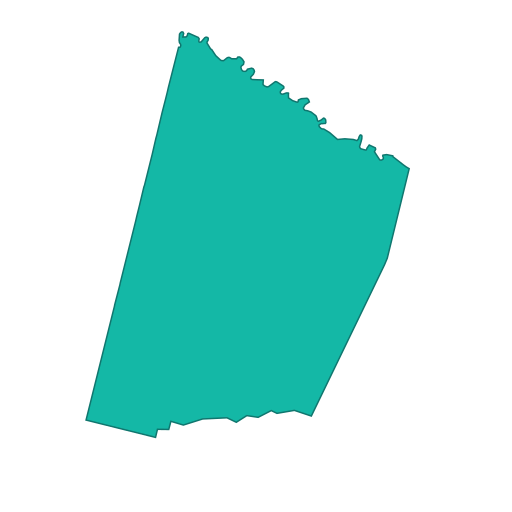 Washington, Louisiana, United States of America, rotated 284°
{"feature_id": "52423323B43439565608947", "entity_name": "Washington", "entity_type": "district", "adm_level": 2, "iso_a3": "USA", "parent_name": "United States of America", "parent_adm1": "Louisiana", "projection": "albers", "projection_center": [-89.849, 30.835], "detail": "fine", "context": "isolated", "style": "filled", "palette": "teal", "viewbox_px": 512, "rotation_deg": 284, "n_neighbors": 0, "source": "geoboundaries", "source_scale": "gbopen_adm2", "svg_char_len": 2668}
<svg xmlns="http://www.w3.org/2000/svg" viewBox="0 0 512 512"><g transform="rotate(284 256 256)"><path d="M386.0,130.3L372.4,130.2L349.3,130.5L346.2,130.4L329.6,130.7L327.0,130.7L297.6,130.7L295.9,130.5L276.5,130.7L265.7,130.7L260.9,130.8L247.2,130.8L197.0,130.8L195.1,130.9L173.9,130.7L173.6,130.8L154.4,130.8L112.3,130.8L56.5,130.8L55.7,130.8L55.7,202.4L64.0,202.3L66.6,213.3L75.0,213.4L74.4,226.4L85.0,243.7L92.0,267.0L89.9,277.1L98.9,285.7L100.0,297.1L109.7,308.2L108.4,314.4L115.5,330.6L114.1,348.4L278.5,382.8L285.6,383.9L377.8,383.5L378.7,380.4L380.1,376.9L385.4,365.0L386.3,364.5L386.0,358.2L384.6,354.8L383.8,354.7L382.2,355.8L381.0,356.0L379.5,354.7L379.1,353.2L379.6,352.4L385.8,345.7L388.6,346.3L389.8,345.6L391.1,339.0L387.8,337.7L385.7,337.4L385.3,336.6L385.4,331.7L386.1,330.8L386.3,330.5L387.3,330.0L392.3,330.3L395.3,330.3L397.9,329.8L398.6,329.3L398.8,328.2L398.4,327.7L396.6,327.2L394.0,327.0L392.4,326.0L392.6,322.2L391.2,313.8L388.8,306.9L393.4,297.9L395.6,291.1L395.3,289.2L395.6,288.1L396.8,286.1L397.9,285.5L398.6,285.5L400.2,287.2L400.5,288.5L401.1,290.1L401.4,291.2L402.3,291.5L404.9,290.7L405.9,289.6L406.2,288.8L406.1,288.1L405.2,287.5L404.7,287.1L403.7,286.3L402.2,284.5L401.8,284.0L402.0,283.3L402.7,282.6L403.9,282.1L406.2,280.6L406.6,280.1L409.0,274.7L409.4,271.1L409.2,268.1L410.1,266.8L410.8,266.3L411.4,266.2L414.6,267.1L418.4,270.5L420.6,269.0L421.4,267.3L419.6,261.9L417.7,259.4L416.1,259.5L415.4,259.2L415.2,258.3L415.6,253.9L417.3,249.3L420.4,248.4L421.8,248.2L422.0,247.7L421.5,245.9L419.7,243.2L419.3,242.0L419.5,240.9L420.0,240.3L421.1,239.8L423.0,240.5L425.6,242.4L426.9,242.1L427.5,241.3L429.9,234.4L430.0,233.1L429.8,232.5L423.4,227.2L422.7,225.8L423.1,223.0L424.0,221.4L425.1,221.1L428.6,220.5L427.3,214.5L426.3,209.5L426.6,208.4L427.3,207.8L428.4,207.6L431.8,209.5L434.6,209.9L435.9,209.2L437.0,207.9L437.2,206.3L435.2,202.5L434.0,202.2L432.7,201.3L432.2,199.4L432.3,198.2L433.4,196.8L435.4,195.7L436.7,195.8L438.9,197.5L441.5,197.4L443.6,195.2L444.9,192.9L445.1,191.6L444.6,190.2L442.7,189.5L441.5,184.7L442.2,182.4L442.2,181.6L441.5,180.2L437.7,177.3L437.3,175.5L437.4,174.4L440.7,168.4L445.6,163.1L445.9,161.9L450.7,157.0L451.9,156.7L453.5,157.3L454.8,157.2L455.7,157.0L456.3,156.3L456.3,154.6L455.4,153.5L450.5,151.0L449.8,149.8L449.9,149.0L450.6,148.5L453.0,148.3L454.1,147.1L454.4,145.3L455.9,136.8L455.3,136.0L453.1,136.0L451.6,135.1L450.8,132.0L454.4,132.0L455.6,131.0L455.6,130.0L455.6,129.9L454.6,128.8L452.8,128.1L446.7,129.2L444.5,130.1L443.2,131.6L442.0,132.1L440.5,132.0L440.1,131.6L439.8,130.4L398.6,130.2L393.3,130.3L386.2,130.3L386.0,130.3Z" fill="#14b8a6" stroke="#0f766e" stroke-width="1.5"/></g></svg>